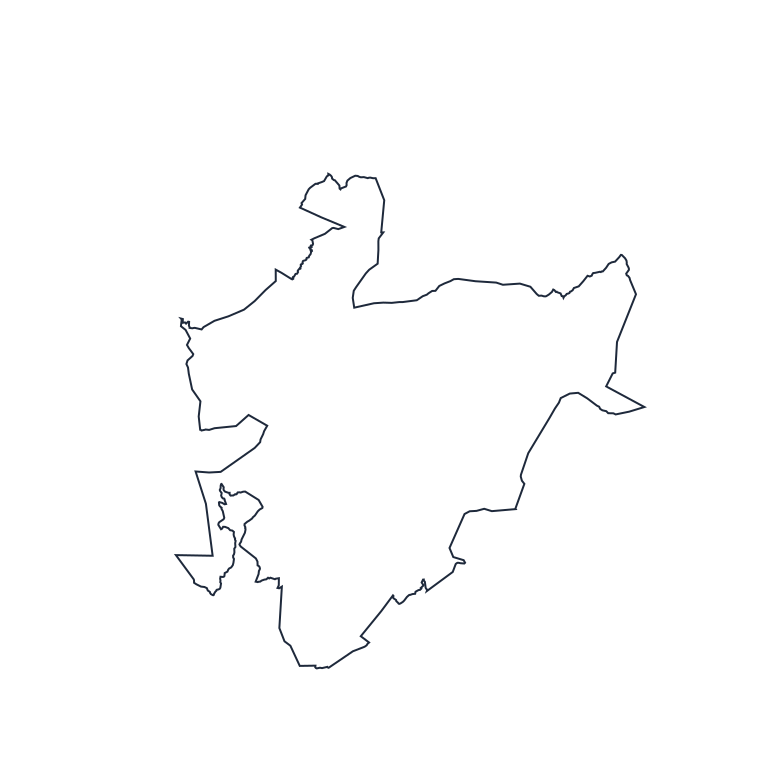 Santiago Juxtlahuaca, Oaxaca, Mexico, rotated 55°
{"feature_id": "50627088B28007976268142", "entity_name": "Santiago Juxtlahuaca", "entity_type": "district", "adm_level": 2, "iso_a3": "MEX", "parent_name": "Mexico", "parent_adm1": "Oaxaca", "projection": "natural_earth1", "projection_center": [-98.042, 17.208], "detail": "fine", "context": "isolated", "style": "outline", "palette": "slate", "viewbox_px": 768, "rotation_deg": 55, "n_neighbors": 0, "source": "geoboundaries", "source_scale": "gbopen_adm2", "svg_char_len": 6165}
<svg xmlns="http://www.w3.org/2000/svg" viewBox="0 0 768 768"><g transform="rotate(55 384 384)"><path d="M404.8,652.6L434.9,651.9L435.8,652.2L437.9,653.6L440.4,652.6L445.0,650.1L447.3,647.5L449.6,646.2L452.1,646.8L454.3,645.9L455.6,646.3L456.8,646.3L458.7,645.4L459.1,645.0L459.1,644.3L458.4,643.6L457.4,641.3L457.2,639.9L456.8,639.6L456.7,638.8L457.4,637.3L457.5,635.9L457.0,634.9L453.9,631.9L452.4,631.8L451.4,630.8L449.5,629.9L448.1,628.5L449.7,626.6L450.0,625.6L449.8,624.9L447.5,622.9L447.9,619.9L446.8,618.2L446.3,616.8L446.6,614.4L445.7,611.8L444.1,609.9L441.2,607.2L439.7,607.1L438.1,606.1L437.4,604.5L436.1,603.1L433.0,601.1L432.3,599.2L429.0,597.2L427.4,595.5L426.1,595.4L425.0,594.5L424.4,594.6L422.3,594.1L420.9,593.4L419.1,591.8L417.1,592.3L415.5,593.9L412.8,594.2L409.8,596.2L408.7,597.7L409.6,599.6L409.5,600.8L404.3,600.5L403.2,599.4L402.7,598.1L402.8,593.0L402.0,591.6L395.7,589.0L392.9,588.7L392.3,588.0L390.0,588.6L388.7,588.5L386.3,587.1L386.3,586.6L388.6,584.7L391.1,583.6L391.7,582.2L387.5,581.1L387.1,580.7L386.1,580.7L385.3,581.6L383.8,581.8L382.0,581.4L380.2,579.5L377.6,579.6L376.6,579.3L375.6,577.6L373.6,576.1L372.6,574.9L372.7,574.4L376.6,574.5L378.1,575.8L379.2,576.2L381.1,575.9L384.2,573.6L384.6,572.9L385.9,573.8L387.4,573.7L388.9,571.3L388.9,569.1L389.5,568.7L389.7,567.9L388.9,566.1L389.9,564.4L390.7,563.7L391.4,561.2L392.5,559.4L407.1,553.2L415.0,553.9L415.8,554.8L415.5,557.8L415.9,560.4L417.7,565.2L418.0,568.1L418.5,569.0L418.6,572.9L418.4,575.0L418.7,578.5L419.8,579.4L421.8,579.7L422.3,580.4L422.9,580.4L423.9,581.0L426.1,583.3L429.7,589.9L431.2,591.5L432.1,593.8L432.6,594.5L434.9,594.6L453.4,589.0L456.9,589.5L460.1,591.6L461.2,591.0L462.5,590.9L463.9,591.4L464.6,592.1L465.4,593.7L467.8,595.8L472.3,602.5L473.9,601.0L474.0,600.3L474.9,598.6L474.8,597.1L475.6,594.2L476.5,592.4L476.2,590.1L477.4,589.6L477.5,588.2L481.4,585.3L481.4,584.4L482.8,581.5L488.6,585.7L490.0,588.2L491.2,587.1L491.4,583.9L523.9,609.7L537.7,613.1L544.7,610.8L566.6,614.7L575.4,601.7L576.6,602.8L577.6,602.7L578.4,602.2L579.7,599.2L581.2,597.7L583.2,592.7L583.7,592.8L584.7,592.1L585.1,562.8L588.1,550.6L588.1,548.1L587.4,546.6L587.2,544.5L577.3,547.7L568.5,516.6L562.3,497.9L563.0,497.8L564.3,499.1L565.0,499.1L567.9,498.0L569.0,498.5L571.1,498.0L572.2,498.0L572.8,497.7L573.2,496.4L573.3,493.6L573.0,491.7L571.6,487.4L571.3,484.9L571.3,484.2L571.7,483.7L572.4,481.2L573.7,478.8L572.3,477.4L572.3,476.7L572.6,474.0L573.3,472.5L573.0,470.8L572.2,470.9L571.7,467.6L571.0,467.1L568.2,467.0L566.6,464.2L567.0,463.6L567.6,464.1L569.5,464.0L574.7,466.7L575.7,466.9L577.4,466.6L578.2,467.7L577.4,435.5L572.6,428.5L572.5,427.3L572.6,426.4L573.2,425.5L574.8,424.0L577.1,421.2L576.9,420.1L574.0,419.8L565.5,426.5L555.9,424.4L536.7,392.6L537.4,386.8L541.0,381.0L543.7,373.5L550.0,368.6L562.0,347.9L561.5,347.9L546.3,326.3L542.3,326.5L538.3,325.1L536.9,323.9L523.4,305.5L506.6,267.6L502.1,258.0L499.6,251.4L496.9,247.3L498.4,237.3L502.6,230.0L512.2,225.8L523.9,222.0L526.0,220.8L528.4,221.2L530.8,220.2L533.8,217.5L536.5,217.1L539.6,212.9L541.8,211.7L547.3,199.0L552.2,183.9L513.4,203.4L506.5,190.6L507.3,188.1L483.2,169.0L455.0,126.1L440.0,122.8L437.9,122.0L435.5,122.1L434.2,122.8L432.5,122.3L431.0,118.0L430.1,117.3L428.9,116.9L424.9,116.4L423.8,115.5L422.0,114.6L419.3,114.4L414.7,115.2L414.1,115.9L415.0,118.5L416.3,124.5L414.9,127.8L414.5,131.1L416.2,135.4L417.3,140.2L416.6,141.3L416.7,142.2L415.9,142.8L414.0,147.4L413.1,149.0L413.6,150.5L414.4,151.7L414.0,153.7L412.1,155.2L414.1,161.8L415.7,168.5L414.3,173.4L415.4,175.7L415.4,177.9L415.1,178.7L415.8,179.9L415.7,180.8L415.0,182.7L415.6,184.4L415.5,185.9L416.3,187.5L414.8,187.0L413.9,188.0L411.1,187.4L408.0,189.6L407.5,189.6L407.2,190.4L404.8,190.6L403.7,191.2L404.9,193.6L405.3,197.7L405.1,200.8L404.7,201.7L403.7,202.9L402.0,204.2L400.5,206.6L397.9,207.3L388.3,208.3L379.7,215.1L370.9,229.7L365.3,233.9L352.3,250.1L340.5,262.9L338.2,266.7L337.8,270.6L336.3,276.8L335.4,282.5L337.2,288.4L335.4,291.2L335.2,295.5L335.4,297.7L334.3,301.9L334.2,309.1L327.7,321.5L325.7,324.4L322.0,331.1L317.0,337.8L312.1,345.9L304.4,364.6L295.5,360.2L290.3,355.3L288.7,351.4L283.0,335.5L281.9,330.6L281.8,320.2L271.0,311.7L263.8,306.7L261.7,304.8L259.4,297.6L258.2,299.3L233.6,278.4L210.6,272.8L209.2,274.9L207.0,276.9L206.3,278.2L206.1,279.2L203.0,281.8L201.4,284.4L200.0,285.5L198.5,286.2L196.9,288.1L196.0,293.4L196.4,297.3L197.8,299.4L199.7,300.6L200.4,301.8L199.1,307.1L199.6,308.0L198.5,308.3L195.8,306.7L188.9,307.4L188.2,308.1L186.0,308.7L184.7,308.0L183.3,307.9L181.5,308.3L179.9,309.1L181.2,310.0L181.1,311.7L183.4,316.7L182.9,319.1L181.6,323.6L181.9,323.7L180.7,325.3L180.9,332.0L181.3,334.0L184.4,340.0L187.2,342.4L188.5,347.8L190.0,348.2L191.3,351.7L211.3,339.9L232.6,326.4L230.9,332.6L227.2,335.8L226.6,337.0L227.1,346.2L224.7,357.4L224.2,360.7L225.3,360.3L228.6,361.8L229.3,363.0L228.6,364.5L228.8,364.8L229.4,364.5L230.2,364.7L229.4,367.0L229.9,367.1L230.5,366.2L231.2,366.5L231.5,367.2L232.2,367.4L233.0,366.4L233.7,366.7L233.5,367.8L234.2,368.1L235.6,369.8L236.0,371.6L237.1,373.0L236.4,374.9L236.6,375.5L237.5,376.1L237.6,377.2L236.8,379.5L236.9,380.1L238.1,381.4L238.5,381.3L238.8,381.8L238.4,383.5L238.7,384.0L239.9,384.3L240.6,386.1L241.3,386.0L241.6,386.4L241.1,387.5L241.7,389.6L242.1,390.0L243.0,390.2L243.8,391.9L243.1,393.3L244.4,396.0L244.1,397.0L244.7,398.1L245.1,397.5L245.8,398.0L245.7,399.1L244.9,399.6L234.1,404.2L228.2,407.1L237.6,413.6L239.1,427.1L241.9,442.4L242.8,456.0L239.3,472.7L235.0,486.6L233.9,499.2L234.7,502.1L229.8,506.5L229.2,507.2L228.4,509.1L226.5,511.1L225.6,510.5L224.4,510.4L221.3,508.0L220.6,508.7L221.0,511.5L219.4,511.7L218.5,513.6L217.9,513.4L215.4,511.5L213.9,512.8L215.1,512.7L220.2,517.2L225.9,515.5L235.6,516.7L239.0,523.0L242.6,523.3L250.1,523.1L251.2,524.7L252.0,531.4L254.3,534.4L258.1,535.1L263.6,538.0L278.4,544.3L292.9,544.3L304.3,554.4L316.0,560.8L316.3,560.4L317.4,560.2L318.8,556.9L318.9,556.3L321.3,553.6L323.0,548.2L333.6,529.3L331.7,512.7L351.2,503.6L353.9,509.3L355.8,511.8L358.6,516.9L360.6,518.8L362.2,526.6L362.3,568.2L356.2,578.0L347.6,588.5L380.0,598.6L426.4,622.9L404.8,652.6Z" fill="none" stroke="#1e293b" stroke-width="2"/></g></svg>